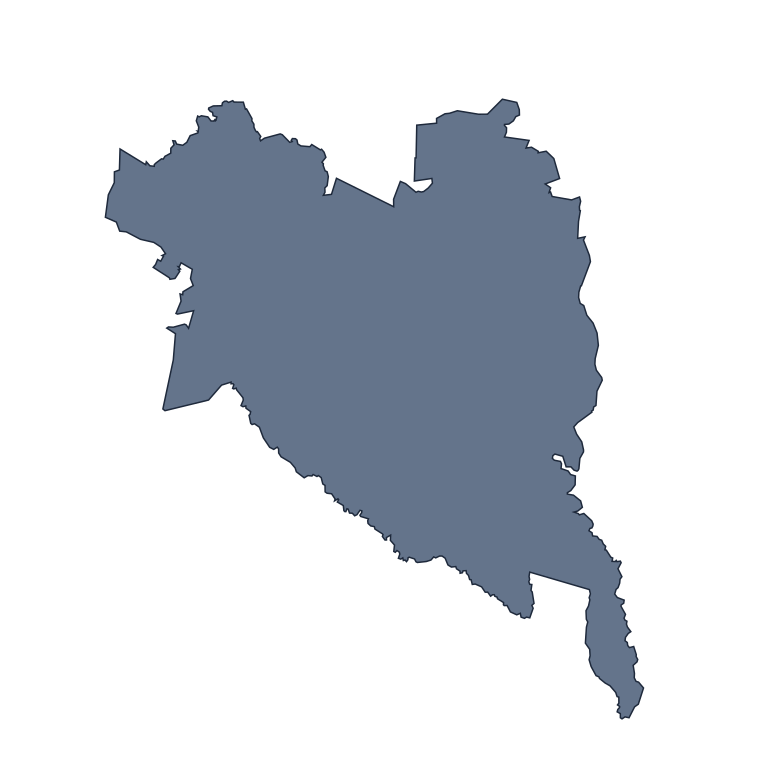 Aculco, México, Mexico (Robinson projection), rotated 188°
{"feature_id": "50627088B12857045520905", "entity_name": "Aculco", "entity_type": "district", "adm_level": 2, "iso_a3": "MEX", "parent_name": "Mexico", "parent_adm1": "México", "projection": "robinson", "projection_center": [-99.832, 20.136], "detail": "fine", "context": "isolated", "style": "filled", "palette": "slate", "viewbox_px": 768, "rotation_deg": 188, "n_neighbors": 0, "source": "geoboundaries", "source_scale": "gbopen_adm2", "svg_char_len": 6134}
<svg xmlns="http://www.w3.org/2000/svg" viewBox="0 0 768 768"><g transform="rotate(188 384 384)"><path d="M583.1,640.0L583.3,637.0L591.8,635.6L596.0,632.9L596.0,631.6L594.0,629.8L591.6,629.1L590.6,625.9L586.7,625.2L587.1,621.7L587.7,621.1L588.3,622.2L589.2,620.7L591.9,620.4L595.6,624.0L602.2,624.2L604.2,622.8L605.8,623.4L606.5,618.5L603.2,612.6L603.2,608.4L603.9,608.4L603.1,607.8L603.3,606.7L610.5,603.0L612.9,595.9L616.5,592.4L622.7,592.7L624.5,595.6L627.0,595.5L625.2,591.6L627.9,587.8L627.3,582.9L632.6,579.0L633.9,576.0L635.7,576.0L640.5,571.2L642.0,569.3L641.8,567.6L646.2,567.5L650.3,571.0L650.5,568.0L678.1,580.0L675.8,559.1L680.5,556.6L679.1,545.8L683.3,533.0L683.1,510.3L671.6,507.1L667.0,498.6L660.4,498.8L645.4,493.4L631.7,492.2L624.0,488.6L618.5,482.6L621.7,480.3L620.1,479.9L622.2,474.5L625.5,475.8L626.8,470.6L628.8,467.4L611.3,459.3L610.6,457.9L605.7,459.4L605.0,460.7L601.9,467.3L603.5,468.6L601.6,469.5L604.2,471.6L603.0,471.7L601.8,475.8L589.8,470.9L590.3,461.5L586.6,454.9L595.9,447.4L595.8,444.4L598.5,444.8L596.5,437.8L599.8,424.9L598.2,424.5L582.7,430.1L585.3,412.0L588.1,415.0L589.9,415.5L600.6,410.9L605.4,410.5L606.9,409.1L597.5,404.8L596.0,378.4L599.5,328.5L597.2,327.1L555.5,343.7L544.7,360.3L535.7,364.6L535.5,362.9L533.6,363.3L532.6,362.4L533.3,358.6L532.1,358.2L529.8,359.3L529.0,357.6L521.8,350.8L521.1,348.5L522.6,342.7L520.5,341.9L517.8,343.0L517.3,340.8L512.2,338.1L512.4,335.3L513.3,334.2L510.5,326.5L509.0,325.5L506.7,326.6L501.4,323.9L496.0,313.9L488.4,305.4L484.1,303.9L480.9,306.6L479.4,305.2L478.7,301.0L475.8,297.6L465.8,293.4L460.3,288.5L458.6,284.9L450.0,280.0L446.6,282.7L442.5,282.9L441.6,284.5L437.5,283.1L436.3,284.2L433.2,282.6L430.7,276.5L428.3,275.4L427.3,269.0L425.2,267.9L420.6,268.0L416.4,263.3L416.7,261.4L413.6,263.9L412.8,263.1L413.8,260.6L407.4,258.0L406.1,253.0L405.1,252.2L404.0,252.3L403.3,255.3L402.1,255.1L400.2,251.4L397.3,251.6L394.7,249.4L392.6,250.8L390.2,255.6L388.3,255.3L388.2,253.5L389.6,250.7L388.7,249.6L380.6,248.3L381.1,246.3L380.4,243.7L377.4,241.6L373.7,241.4L372.8,239.1L364.7,235.4L364.0,234.7L364.4,232.8L361.3,229.6L359.8,229.9L360.2,232.3L356.4,235.3L355.9,230.0L351.2,226.0L351.0,219.5L349.4,218.9L348.0,220.9L345.4,219.6L344.7,217.7L345.5,213.4L343.0,212.9L341.2,214.4L340.3,211.9L338.7,212.6L337.0,211.2L335.9,213.2L336.0,215.2L335.0,216.0L329.4,215.0L327.6,212.4L326.1,211.9L317.4,214.1L313.0,216.2L310.7,219.7L308.6,219.0L305.0,221.4L302.5,221.7L299.2,220.0L295.5,213.7L291.8,212.1L287.5,213.2L286.5,211.1L282.7,209.3L282.3,207.2L280.1,208.0L279.7,210.0L276.7,210.6L276.0,208.0L273.7,206.2L272.0,202.3L270.5,202.3L268.7,197.8L265.8,198.6L259.1,196.7L254.8,191.9L252.3,192.3L248.9,188.7L247.2,190.4L245.5,190.7L244.7,189.2L242.4,188.7L241.7,187.1L235.2,184.2L235.0,182.0L234.1,181.3L231.3,181.8L227.1,175.9L220.4,173.9L217.1,175.9L215.8,172.2L212.3,171.5L210.4,173.0L207.1,172.7L205.1,182.7L206.8,185.4L204.9,187.6L208.3,198.7L209.7,200.0L209.7,206.0L211.8,205.9L213.1,208.4L212.6,210.7L213.6,213.7L213.5,218.0L152.0,209.0L150.4,204.9L151.1,200.9L150.1,198.9L150.6,192.6L152.4,187.6L150.9,179.2L149.1,176.7L149.7,171.4L148.5,155.4L143.4,149.9L142.1,143.6L142.5,139.5L139.5,132.9L133.4,124.7L130.4,123.9L129.6,122.4L123.3,118.6L118.2,116.6L111.6,110.8L109.7,106.9L107.9,106.6L107.0,100.7L108.1,98.7L105.8,97.5L105.7,96.5L107.2,94.2L107.5,91.8L104.1,90.5L103.5,86.4L101.7,85.5L99.0,87.9L94.9,87.6L90.9,99.2L87.6,102.3L84.7,119.1L90.4,124.2L93.0,124.6L95.3,127.9L95.7,132.3L98.1,140.1L94.8,144.0L94.4,146.5L96.4,149.2L96.5,151.1L100.2,158.8L104.3,157.1L106.3,159.0L107.1,161.9L109.6,163.3L109.6,166.8L107.4,171.0L105.1,173.1L109.1,177.2L110.5,180.0L110.4,182.9L112.5,183.7L113.7,185.5L112.8,189.5L118.4,196.9L118.4,198.2L116.1,200.3L116.1,203.4L123.2,205.0L126.3,208.1L125.6,212.9L123.9,214.9L122.9,219.6L123.1,223.5L121.6,226.3L126.6,233.6L124.3,240.0L125.3,241.5L128.6,240.5L129.5,241.6L130.2,240.4L133.5,240.1L133.3,243.5L135.3,244.1L140.7,250.4L142.2,250.6L141.9,254.1L144.6,256.1L146.7,259.6L149.3,260.1L151.8,262.7L156.3,262.6L157.3,265.7L160.6,267.2L160.0,269.6L158.1,270.4L157.4,272.5L157.4,274.4L159.3,277.5L168.1,283.6L172.4,281.6L173.5,282.7L178.1,283.6L174.4,285.2L170.4,289.5L173.0,295.6L180.9,300.3L187.1,300.5L187.3,301.9L184.2,304.4L180.7,310.7L181.7,319.6L186.6,320.3L189.6,323.5L196.9,324.9L197.1,329.7L198.5,331.9L204.7,332.2L206.9,333.8L206.8,336.6L205.0,338.4L196.9,337.3L192.1,327.3L187.4,328.0L183.8,325.1L180.7,324.6L179.8,325.5L179.2,327.1L179.7,337.6L177.0,344.5L177.2,346.4L180.1,354.2L186.3,361.2L190.1,367.9L186.8,372.8L174.2,385.0L174.7,386.1L173.2,387.3L173.2,390.4L171.1,392.2L172.1,406.5L168.4,418.1L169.3,420.7L175.6,427.2L177.9,432.9L178.4,438.5L177.1,452.1L180.1,464.1L185.4,473.4L192.7,480.3L197.1,489.5L200.9,491.1L203.3,496.7L203.8,502.0L202.9,508.5L202.2,508.7L196.6,533.9L198.5,539.9L206.5,554.3L205.4,557.7L212.5,555.2L214.0,572.0L213.7,583.0L214.5,583.3L215.2,586.8L214.7,592.3L216.4,596.4L223.9,592.4L243.6,593.1L245.8,597.3L247.2,596.5L246.3,601.5L252.2,604.5L238.7,611.9L247.2,630.9L255.8,637.1L263.6,634.4L263.6,635.9L270.9,639.0L276.2,637.4L274.2,645.4L299.1,645.4L297.8,650.3L298.3,654.8L300.7,656.8L300.8,657.8L296.5,658.8L292.5,662.6L290.7,667.1L287.3,669.2L288.2,674.5L291.7,681.3L306.4,682.5L319.1,665.6L327.9,664.3L349.4,664.8L356.8,661.2L361.2,660.1L368.9,654.3L368.2,649.6L387.6,644.9L383.7,612.4L384.7,612.2L382.2,589.2L365.2,594.2L364.0,589.6L367.5,584.2L371.5,580.1L373.8,579.3L377.0,579.6L379.0,578.3L390.5,585.4L396.0,586.9L400.2,568.3L399.1,560.9L459.7,581.1L462.4,564.5L470.3,562.4L469.1,565.7L469.9,569.9L467.9,572.5L468.0,581.7L469.9,586.3L472.0,586.9L474.6,591.9L474.7,593.7L476.3,595.0L473.1,600.4L475.6,605.2L478.5,607.8L479.6,607.0L488.9,611.1L490.4,608.7L499.4,608.2L502.8,609.7L504.1,613.5L505.8,614.6L508.9,614.3L509.8,612.3L508.7,611.3L511.0,610.2L519.4,616.7L521.6,617.2L536.6,610.8L540.1,607.6L541.3,609.8L540.5,612.0L544.5,616.3L545.4,615.9L546.7,617.3L548.5,620.1L549.0,623.2L551.5,626.2L551.7,628.5L558.4,637.3L559.5,636.8L562.5,643.5L571.7,642.3L573.2,643.5L577.1,641.2L579.2,642.2L581.3,641.8L583.1,640.0Z" fill="#64748b" stroke="#1e293b" stroke-width="1.5"/></g></svg>